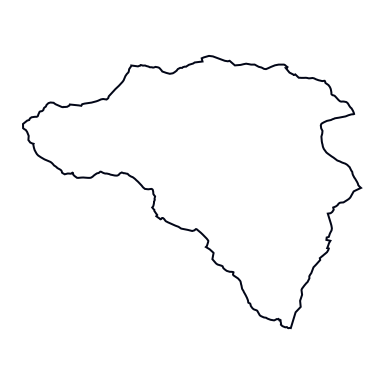 Abrud, Alba, Romania (Equal Earth projection)
{"feature_id": "2599482B81396350140690", "entity_name": "Abrud", "entity_type": "district", "adm_level": 2, "iso_a3": "ROU", "parent_name": "Romania", "parent_adm1": "Alba", "projection": "equal_earth", "projection_center": [23.059, 46.267], "detail": "fine", "context": "isolated", "style": "outline", "palette": "ink", "viewbox_px": 384, "rotation_deg": 0, "n_neighbors": 0, "source": "geoboundaries", "source_scale": "gbopen_adm2", "svg_char_len": 5907}
<svg xmlns="http://www.w3.org/2000/svg" viewBox="0 0 384 384"><path d="M290.8,328.1L295.6,312.3L300.7,306.9L300.1,300.8L302.1,294.8L301.5,290.0L302.0,288.7L304.3,285.6L306.4,283.1L307.5,282.1L309.4,278.4L309.3,276.3L310.1,274.8L311.3,273.1L313.5,267.3L316.2,264.5L320.2,260.0L319.8,258.2L325.8,253.2L327.0,252.2L328.3,250.0L328.8,248.5L328.0,248.2L327.2,248.1L328.2,245.6L329.0,243.2L330.4,240.8L326.4,239.9L326.7,237.5L328.8,236.9L329.7,234.1L330.3,232.7L331.2,231.1L331.6,230.2L331.9,228.3L331.4,225.5L330.7,223.0L327.8,213.6L330.6,213.2L332.3,211.9L333.7,209.7L333.2,207.5L335.7,206.5L336.7,205.8L337.7,205.0L338.4,203.9L339.1,203.3L339.6,202.9L340.8,202.6L343.5,202.4L347.0,200.2L348.8,199.0L350.3,197.5L353.7,191.4L355.9,190.3L361.0,187.9L359.3,186.4L358.3,185.2L357.9,183.7L357.2,182.2L354.9,178.3L354.2,177.5L353.9,176.7L353.3,175.7L352.8,174.6L352.4,173.1L352.3,172.1L352.0,171.5L351.7,171.2L351.1,170.2L349.6,167.1L349.2,166.8L347.3,164.9L345.4,163.7L342.0,162.5L339.8,161.4L337.3,160.5L333.5,157.6L331.6,156.4L327.9,153.7L326.4,152.5L323.8,148.9L322.9,146.7L322.5,144.5L322.1,143.1L321.8,141.4L321.6,139.0L321.4,136.6L322.2,133.8L322.5,130.9L321.2,128.4L320.8,125.4L321.3,124.0L322.1,123.3L324.1,122.2L326.9,120.9L331.0,120.0L332.6,119.2L333.9,118.8L334.6,118.4L336.1,118.1L338.8,117.7L341.4,117.2L345.6,116.4L348.6,115.2L351.4,114.4L353.6,114.2L354.1,114.0L354.0,113.4L353.1,111.1L352.1,109.3L351.4,108.2L350.6,107.6L349.6,106.3L348.0,103.6L347.5,103.0L346.4,102.1L344.6,101.7L343.2,101.5L341.2,101.6L340.4,101.4L339.8,101.1L338.5,100.0L335.8,97.0L334.6,95.8L333.4,95.3L332.6,95.2L331.7,94.5L331.4,94.0L331.4,92.4L330.9,89.7L330.6,88.6L329.8,86.9L328.5,85.1L325.5,83.0L325.3,82.6L325.1,81.4L324.6,80.8L323.6,80.9L322.3,81.1L318.5,80.2L316.0,79.3L314.2,78.4L313.4,78.2L312.7,78.0L309.8,78.3L308.6,78.3L306.9,77.9L305.8,77.8L302.0,77.9L298.7,77.7L295.3,74.4L294.1,75.0L293.7,75.0L293.4,74.6L289.5,72.6L285.8,68.1L287.1,67.9L287.5,67.1L286.1,66.1L285.2,65.2L284.0,64.6L278.7,64.6L275.0,65.3L271.0,66.9L268.2,68.2L266.0,69.1L264.1,68.9L261.5,67.5L258.7,66.8L254.7,64.6L251.1,64.6L248.6,64.1L246.1,63.7L243.5,64.2L240.7,64.9L234.9,65.4L229.6,60.8L227.9,61.3L224.8,60.8L212.9,56.4L209.0,55.9L203.8,57.4L201.7,58.3L202.5,61.5L194.6,62.5L193.2,63.5L188.9,64.8L186.0,66.7L184.9,66.6L182.9,67.2L182.2,67.9L180.1,67.9L177.8,69.1L176.6,70.7L174.5,72.3L172.8,73.3L169.8,73.8L166.3,72.9L162.3,71.5L161.6,70.5L159.7,68.3L158.9,67.7L157.8,67.3L155.5,66.9L153.8,67.5L152.6,67.5L152.1,67.3L149.7,67.2L148.6,66.6L146.6,66.1L145.0,65.5L142.8,65.6L141.7,65.2L140.8,65.1L140.8,65.3L140.1,65.7L139.2,65.9L138.0,66.4L131.3,65.5L131.3,66.0L129.3,68.9L129.0,69.9L128.9,70.9L128.4,72.4L126.9,73.9L125.4,76.1L123.6,80.4L122.5,81.9L118.9,85.8L115.4,89.1L108.8,96.3L108.2,98.2L106.6,99.5L103.1,99.0L101.0,99.4L98.1,100.7L96.4,101.3L91.5,102.6L84.6,103.6L82.2,104.2L81.3,105.8L78.7,105.4L69.8,104.5L69.4,105.5L67.1,106.8L64.8,107.0L63.8,106.9L63.0,107.2L61.6,106.9L55.7,104.3L54.8,103.7L54.3,103.4L53.7,102.8L50.5,102.5L48.5,103.1L47.9,103.6L46.5,105.0L45.9,106.5L44.2,107.8L43.8,108.5L43.4,109.9L42.5,110.8L41.7,111.2L40.3,111.4L39.6,111.8L38.3,114.6L38.0,115.8L37.5,116.4L36.7,116.8L34.9,116.8L31.5,117.3L29.9,118.5L29.2,120.0L27.2,120.6L23.0,124.0L23.1,128.2L24.5,129.3L25.7,129.9L27.1,131.9L28.7,135.9L28.4,140.0L30.2,142.5L32.1,143.4L33.6,143.8L33.3,144.6L33.9,147.6L34.6,150.0L36.1,152.8L36.9,154.1L38.2,155.5L40.9,157.3L44.5,159.4L49.0,161.3L50.6,162.0L52.1,163.2L53.2,164.4L54.1,165.5L55.4,166.3L56.7,167.3L57.3,168.0L60.2,169.6L61.1,170.3L61.6,171.0L61.9,171.9L62.0,172.6L62.6,173.1L64.7,174.3L67.7,173.5L68.9,173.5L70.2,173.7L71.3,173.6L71.8,173.1L72.4,172.7L72.9,172.9L73.1,173.7L73.1,174.4L73.9,175.4L74.8,176.2L77.0,177.8L78.2,177.9L81.1,177.6L83.1,177.5L88.5,177.9L89.9,177.9L91.1,177.6L92.6,176.7L94.0,175.4L95.8,174.1L97.1,173.3L98.7,173.0L100.3,171.7L101.2,171.8L102.8,172.7L104.0,173.2L105.1,173.5L106.6,173.5L108.0,173.8L109.3,174.1L110.4,174.6L114.7,175.5L116.1,175.6L117.0,175.6L117.9,175.3L118.8,174.8L119.6,173.7L120.2,173.3L121.7,172.5L122.7,172.8L123.6,173.2L124.6,173.2L126.7,173.7L127.5,173.8L128.1,174.3L128.6,174.9L129.3,175.5L131.4,176.7L132.6,177.1L133.7,177.9L135.1,179.0L136.3,180.2L138.0,181.7L141.6,185.5L143.0,187.3L144.9,188.9L148.3,189.3L151.3,188.9L152.2,189.2L152.7,189.7L153.2,191.6L153.3,193.1L153.4,194.1L154.2,195.3L155.1,196.4L154.5,199.0L154.8,199.7L154.5,200.7L154.0,201.6L154.0,202.8L153.8,204.0L153.4,205.7L153.0,206.7L152.7,206.9L152.2,207.5L153.7,209.3L154.3,209.8L154.3,210.6L154.4,211.0L156.1,213.5L157.2,215.0L156.3,216.2L158.9,218.1L159.8,218.6L160.1,219.1L160.5,219.3L161.1,219.1L162.1,218.0L162.8,218.0L163.3,218.3L164.2,219.1L165.2,220.5L165.8,221.2L167.9,222.3L173.7,224.9L175.5,225.7L178.5,226.8L181.2,228.6L187.8,229.9L192.2,231.0L194.3,230.4L195.9,229.1L196.6,229.2L200.8,232.7L202.8,234.6L206.8,238.7L207.9,240.2L208.3,240.8L208.2,241.8L207.5,244.1L206.9,246.0L205.9,247.0L208.7,248.7L209.8,249.4L213.3,252.6L213.6,253.0L213.1,255.4L212.4,259.2L216.0,263.4L217.5,264.5L220.8,265.5L221.7,265.8L222.6,266.3L223.4,268.2L224.5,269.2L225.5,270.0L226.8,270.9L229.8,271.8L231.2,271.8L233.0,272.0L233.5,272.3L233.0,274.4L233.1,274.8L233.5,275.4L238.1,278.5L240.2,280.9L240.6,281.8L241.1,284.3L241.5,285.6L241.9,287.8L242.2,289.0L243.4,290.9L243.8,291.9L245.5,294.9L247.0,297.9L248.0,300.5L248.2,301.8L248.3,302.6L248.6,302.8L250.0,303.5L250.4,304.1L250.8,305.9L251.8,307.4L252.8,308.6L254.1,309.5L256.0,310.1L257.2,310.7L259.8,315.3L261.1,316.2L263.8,317.4L266.2,317.8L267.4,318.6L270.6,319.8L273.6,320.3L274.4,320.3L275.0,320.0L275.8,319.6L276.7,319.1L277.8,319.2L278.4,318.9L278.8,319.2L278.9,319.5L279.5,320.5L279.8,320.5L280.3,320.0L280.6,320.2L280.5,320.9L280.9,322.8L281.1,324.2L280.9,324.7L282.4,326.1L285.0,327.2L285.7,327.3L286.3,327.1L287.1,327.2L287.6,327.8L288.2,328.1L289.0,328.1L289.9,327.9L290.8,328.1Z" fill="none" stroke="#020617" stroke-width="2"/></svg>